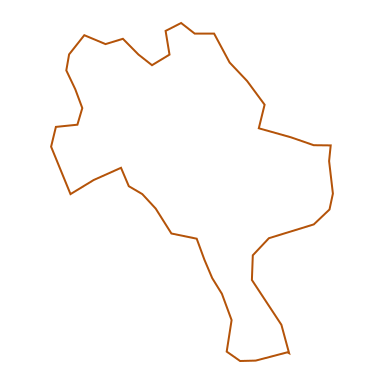 outline of Gnjilane
{"feature_id": "KOS-5904", "entity_name": "Gnjilane", "entity_type": "District", "adm_level": 1, "iso_a3": "XKX", "parent_name": "Kosovo", "parent_adm1": "", "projection": "mercator", "projection_center": [21.441, 42.404], "detail": "fine", "context": "isolated", "style": "outline", "palette": "amber", "viewbox_px": 384, "rotation_deg": 0, "n_neighbors": 0, "source": "natural_earth", "source_scale": "10m", "svg_char_len": 702}
<svg xmlns="http://www.w3.org/2000/svg" viewBox="0 0 384 384"><path d="M240.1,361.0L226.7,351.6L231.6,320.1L221.9,293.8L212.2,278.1L204.4,259.7L196.7,238.7L171.4,233.5L155.7,208.6L142.3,194.1L128.8,186.2L121.0,167.8L93.7,180.0L70.5,194.1L51.1,146.7L55.9,126.9L77.4,124.7L82.3,108.1L75.3,89.3L66.3,70.4L69.1,54.4L84.3,35.2L105.5,44.1L122.9,38.8L138.5,54.6L152.0,65.2L169.5,54.6L165.6,30.9L181.1,23.0L194.7,33.6L214.1,33.6L229.6,62.5L247.1,81.0L264.6,104.7L258.8,128.3L290.9,137.3L313.7,145.2L330.7,145.4L329.1,161.1L332.9,193.6L329.5,209.5L313.8,224.4L268.9,238.2L252.8,255.3L251.9,280.0L281.4,324.8L289.1,353.2L287.4,352.3L255.7,360.6L240.1,361.0Z" fill="none" stroke="#b45309" stroke-width="2"/></svg>